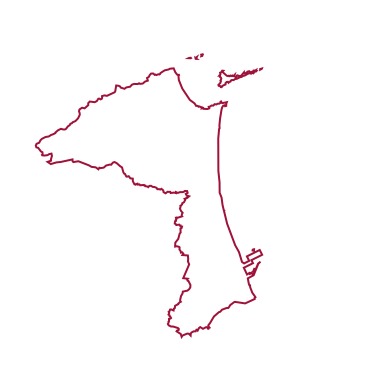 Mueang Rayong, Rayong, Thailand, rotated 243°
{"feature_id": "78962969B69039752575534", "entity_name": "Mueang Rayong", "entity_type": "district", "adm_level": 2, "iso_a3": "THA", "parent_name": "Thailand", "parent_adm1": "Rayong", "projection": "robinson", "projection_center": [101.334, 12.691], "detail": "fine", "context": "isolated", "style": "outline", "palette": "rose", "viewbox_px": 384, "rotation_deg": 243, "n_neighbors": 0, "source": "geoboundaries", "source_scale": "gbopen_adm2", "svg_char_len": 6048}
<svg xmlns="http://www.w3.org/2000/svg" viewBox="0 0 384 384"><g transform="rotate(243 192 192)"><path d="M69.5,200.8L75.0,200.0L80.7,200.6L82.5,201.3L82.8,200.8L84.2,200.9L89.7,202.5L89.9,209.2L98.0,218.5L98.8,221.4L98.2,218.4L94.3,213.8L95.3,212.6L93.6,210.6L92.6,211.6L91.5,210.4L91.8,208.6L93.2,208.6L93.2,207.4L92.7,207.1L92.7,206.3L93.8,206.3L93.5,203.6L101.0,203.8L100.9,214.0L104.3,214.0L104.2,226.0L109.6,226.0L109.7,211.7L104.7,211.7L104.7,206.0L107.0,204.8L117.2,206.6L125.0,206.3L147.8,208.9L160.1,211.8L160.7,212.3L161.1,212.0L166.5,213.3L173.6,215.8L178.8,216.3L188.0,220.9L198.9,225.1L227.8,239.7L235.9,244.8L236.2,245.5L238.8,246.6L244.6,250.3L252.4,256.0L254.1,257.8L254.7,259.0L254.5,260.3L253.4,260.4L253.2,261.6L255.1,262.6L256.2,263.8L257.4,259.5L257.8,259.1L259.5,259.0L259.4,258.3L258.4,257.7L258.3,256.4L259.1,254.8L258.9,253.6L260.0,251.9L259.3,250.4L260.2,248.6L259.9,246.8L260.3,245.6L258.7,245.3L258.9,243.5L260.9,240.0L261.7,240.1L261.9,239.3L262.2,239.9L262.9,239.4L262.6,238.7L264.0,238.2L265.2,237.1L265.0,236.6L266.5,235.7L266.8,234.8L269.8,234.5L275.0,231.9L288.5,230.3L297.7,231.1L302.0,232.8L302.1,234.3L302.8,232.4L303.5,232.0L306.3,231.5L310.5,231.8L311.9,228.2L311.8,226.8L312.8,222.8L312.3,217.9L311.6,217.0L311.6,216.1L312.2,215.4L312.4,213.3L313.2,212.8L313.3,211.9L315.1,211.3L316.1,209.3L315.4,207.5L314.1,205.6L314.0,203.7L311.3,203.2L311.7,200.3L311.0,197.4L311.9,194.8L312.9,194.2L312.8,192.7L314.6,189.4L314.9,187.2L313.9,184.7L315.0,181.0L314.6,178.7L317.4,175.9L318.7,175.8L320.0,174.8L321.3,172.8L316.4,169.2L316.0,168.2L316.3,159.8L317.8,157.9L318.3,155.4L316.4,154.5L316.0,153.8L316.0,152.6L317.3,151.8L317.6,150.9L316.2,148.4L316.2,146.1L319.0,142.0L318.3,139.9L316.5,139.0L315.3,134.3L317.0,132.3L316.6,129.2L315.3,128.0L313.2,127.7L311.7,127.0L309.4,124.0L308.1,120.3L308.3,117.3L307.8,116.2L308.0,114.6L307.1,113.4L306.8,111.2L305.4,108.2L305.4,107.1L306.2,105.6L307.8,103.9L307.8,100.5L307.0,97.3L306.5,97.0L306.5,94.5L306.8,92.2L306.5,89.6L307.5,86.5L307.5,82.3L306.9,80.5L305.3,78.2L305.5,75.4L304.3,73.9L302.4,73.6L301.2,75.0L296.7,75.8L295.3,76.8L293.6,76.1L293.2,75.2L292.7,75.2L291.5,77.0L290.4,80.1L290.6,81.9L290.0,84.2L287.7,83.6L285.2,81.2L283.9,80.6L284.4,77.0L281.0,78.9L279.9,84.7L278.4,88.5L275.3,100.3L273.7,99.6L272.5,99.9L271.0,104.7L262.5,112.3L260.0,113.9L257.7,117.4L254.7,118.9L255.7,120.5L254.8,121.4L253.8,124.4L254.6,127.5L253.7,131.4L253.0,132.3L254.1,134.9L253.9,136.5L252.1,137.9L247.6,139.7L245.7,140.8L240.7,139.8L239.2,139.9L238.5,140.5L235.6,140.5L235.2,141.0L234.8,142.8L232.1,143.3L230.8,145.3L228.5,144.2L225.0,144.2L224.2,145.0L224.5,145.8L224.1,146.0L224.1,147.2L223.2,147.1L222.6,148.7L221.5,148.9L220.1,152.4L219.5,152.4L219.0,153.2L218.4,153.0L217.1,154.8L216.2,155.2L216.8,156.9L216.1,158.3L214.4,159.3L213.5,160.8L211.8,162.3L210.2,162.4L209.5,164.0L208.6,164.8L208.7,166.2L206.5,167.1L204.7,166.6L202.8,167.9L203.3,170.2L202.0,172.7L200.8,172.5L199.6,175.8L198.3,177.2L199.2,177.7L197.6,179.0L197.3,181.4L196.1,183.6L195.9,185.0L196.2,186.0L195.0,188.1L193.2,187.7L193.1,185.6L191.3,185.7L189.5,187.5L188.9,185.0L189.4,184.4L188.9,183.7L189.3,182.3L187.9,182.2L186.5,180.1L186.4,178.2L185.5,177.6L185.0,176.4L185.0,175.4L184.2,175.2L182.6,173.7L180.2,173.6L177.7,174.2L176.8,172.9L175.4,172.0L174.8,172.1L175.7,166.8L176.2,166.8L176.4,166.0L174.7,165.6L174.5,165.0L173.6,164.7L173.8,163.9L173.2,163.3L171.7,162.3L170.7,163.0L169.7,163.0L168.8,165.7L167.8,165.9L167.4,166.6L166.5,166.2L165.7,167.4L164.5,166.2L164.5,165.0L161.1,163.5L160.5,162.1L156.4,158.4L154.5,154.2L151.5,152.4L151.0,152.2L150.7,153.6L149.0,155.6L148.3,155.8L146.4,154.7L144.6,155.0L143.0,154.6L142.8,155.8L141.1,156.3L140.2,154.8L137.3,159.5L134.0,158.2L132.1,156.9L128.8,156.6L119.2,145.1L116.7,148.7L116.5,148.0L115.0,147.8L114.5,148.4L109.9,148.4L107.8,147.2L106.7,145.4L106.2,143.2L107.4,138.6L105.8,137.4L104.3,135.0L101.3,132.5L100.2,132.0L99.3,132.2L99.3,130.9L98.6,128.6L98.3,128.6L98.3,125.3L96.4,124.0L96.3,122.9L94.8,121.8L96.9,120.0L97.2,119.0L96.1,118.0L95.8,116.8L94.7,116.9L93.4,115.4L92.4,116.0L91.4,115.6L90.9,116.1L89.2,116.1L89.0,115.3L89.4,113.9L87.3,112.9L87.1,112.2L86.4,112.0L85.4,110.6L83.8,110.7L81.6,112.3L80.7,114.1L77.3,117.6L76.3,118.1L75.2,117.6L75.3,115.6L74.9,115.0L70.6,117.5L67.6,117.0L68.4,118.5L68.0,123.5L67.2,124.8L64.7,125.6L66.5,126.7L67.0,127.6L67.1,130.2L66.2,132.0L67.3,133.5L67.0,134.0L66.0,134.2L67.6,136.4L67.9,138.0L65.1,139.7L65.2,143.1L64.8,143.9L62.9,144.2L62.7,144.6L63.2,145.1L63.2,146.0L64.6,145.7L65.8,146.0L67.1,148.7L71.1,155.0L72.7,161.4L72.5,163.0L73.5,165.1L73.0,169.9L72.2,171.8L73.9,174.8L74.7,179.4L74.6,180.4L68.6,188.8L68.2,199.3L69.3,199.8L69.5,200.8ZM275.4,264.1L274.5,264.0L273.2,265.6L272.4,265.3L272.0,265.9L272.8,268.0L272.6,270.7L273.8,271.3L274.3,272.9L274.0,273.7L272.7,274.1L273.3,275.4L272.9,276.4L273.7,277.4L273.7,278.2L272.8,279.9L273.1,281.4L272.5,283.5L272.5,286.6L272.0,288.5L272.3,289.8L271.8,292.0L272.0,295.7L271.5,297.8L270.6,298.3L270.6,300.0L269.9,300.6L270.8,302.5L270.3,303.8L270.6,304.5L271.0,303.9L271.6,304.5L271.5,303.1L271.9,302.3L272.9,302.6L271.8,301.7L272.0,299.0L272.6,298.1L273.6,297.9L274.0,296.5L273.5,293.1L274.3,292.3L275.0,292.6L273.2,288.4L274.1,286.3L275.2,285.7L275.4,284.9L274.5,284.0L274.7,283.0L276.0,282.2L277.0,283.1L276.5,281.5L276.9,280.8L277.4,280.8L277.5,279.7L278.2,279.3L278.0,278.2L278.9,277.6L278.9,276.7L279.9,275.7L284.8,273.8L285.4,273.8L285.8,274.9L286.4,274.0L285.3,272.1L285.5,271.2L283.9,270.7L283.2,269.0L282.8,269.7L281.5,269.2L280.9,269.7L279.7,269.6L278.3,267.9L277.6,268.1L276.3,266.7L275.4,264.1ZM309.5,262.5L308.8,261.9L308.6,262.9L309.3,263.4L309.7,264.8L310.2,262.6L309.5,262.5ZM112.8,221.3L113.1,220.4L112.6,219.4L112.9,218.7L111.5,220.5L112.8,221.3ZM270.0,308.2L270.1,310.2L270.3,310.4L270.6,308.5L270.0,308.2ZM309.0,255.7L308.5,256.6L309.1,256.3L310.1,257.6L310.0,256.7L309.3,256.1L309.7,255.9L309.0,255.7ZM312.2,251.8L312.8,250.2L312.8,249.7L311.8,251.5L311.8,251.9L312.2,251.8Z" fill="none" stroke="#9f1239" stroke-width="2"/></g></svg>